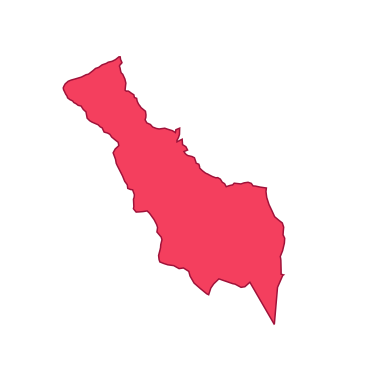 Monagroulli, Limassol, Cyprus (Albers equal-area conic projection), rotated 153°
{"feature_id": "46923920B37964983611309", "entity_name": "Monagroulli", "entity_type": "district", "adm_level": 2, "iso_a3": "CYP", "parent_name": "Cyprus", "parent_adm1": "Limassol", "projection": "albers", "projection_center": [33.218, 34.746], "detail": "fine", "context": "isolated", "style": "filled", "palette": "rose", "viewbox_px": 384, "rotation_deg": 153, "n_neighbors": 0, "source": "geoboundaries", "source_scale": "gbopen_adm2", "svg_char_len": 2729}
<svg xmlns="http://www.w3.org/2000/svg" viewBox="0 0 384 384"><g transform="rotate(153 192 192)"><path d="M178.4,37.2L159.1,68.2L149.0,76.5L148.1,76.6L149.9,78.3L148.0,82.1L145.6,87.1L143.8,90.9L143.1,92.8L142.7,94.4L138.0,98.5L132.9,104.5L130.4,108.7L130.3,112.5L128.4,115.7L126.3,119.0L125.6,123.4L127.5,127.5L129.6,132.5L129.3,138.9L129.1,145.9L127.9,153.2L125.9,158.8L123.9,161.8L129.0,165.4L132.7,168.4L134.8,169.7L135.3,172.8L137.6,175.2L141.4,176.5L144.8,177.0L150.4,180.7L152.5,179.9L155.6,180.7L159.1,181.2L159.2,184.6L160.6,187.0L160.9,190.6L162.5,193.1L164.4,193.9L166.8,196.5L169.2,199.8L169.8,200.8L171.3,202.5L173.1,206.3L174.3,209.8L173.7,211.3L173.3,213.6L175.2,215.8L174.8,217.8L174.3,221.4L175.9,223.6L179.3,226.5L180.2,228.3L180.6,229.4L180.8,231.7L176.9,231.4L176.9,235.1L178.9,238.5L176.8,243.5L182.6,243.5L182.0,244.8L179.2,246.8L177.0,249.0L174.0,254.5L178.1,254.8L179.8,252.5L181.7,255.6L184.9,258.7L187.3,261.2L190.4,262.3L192.7,263.1L194.9,264.8L197.6,267.8L198.4,271.0L200.9,274.1L201.0,277.6L199.2,279.5L198.0,281.6L196.8,285.1L199.1,290.3L199.3,292.1L199.7,294.2L199.7,296.9L199.5,298.3L198.8,300.6L200.4,302.3L199.7,305.0L201.2,307.6L202.2,309.6L203.1,311.0L204.7,311.6L205.4,313.2L204.5,314.5L202.6,317.4L201.5,319.0L201.0,321.1L200.5,323.2L200.4,325.7L200.3,328.3L201.0,330.3L200.7,332.1L199.8,335.2L199.5,337.2L197.6,338.4L196.6,338.4L195.6,339.2L195.6,340.2L195.5,341.7L195.5,342.5L194.6,345.0L195.7,345.6L200.1,344.7L203.7,344.7L207.8,345.7L209.9,345.5L214.4,346.1L218.6,345.4L221.9,345.9L225.0,345.1L230.8,344.0L233.1,344.6L238.4,344.6L242.2,345.3L244.9,345.8L248.8,346.6L252.0,346.9L255.9,345.9L258.1,344.4L259.5,343.2L260.0,341.3L260.0,339.1L260.1,336.6L259.8,334.2L260.1,332.4L258.9,329.8L257.0,327.3L256.7,325.4L255.1,323.1L254.1,320.9L251.8,319.0L251.4,314.9L250.1,311.5L251.9,305.4L250.8,302.0L249.4,299.7L245.1,294.5L244.2,291.7L242.9,289.9L243.0,288.2L243.1,285.3L240.5,282.9L239.0,280.7L238.6,277.4L236.9,273.5L235.2,269.8L236.2,266.5L240.9,265.2L244.5,262.7L245.3,255.9L246.5,251.9L246.6,249.4L246.6,244.8L246.6,241.4L246.6,237.9L247.1,232.1L246.4,227.8L247.6,224.4L245.7,222.2L243.9,220.9L244.6,215.7L246.0,213.5L247.4,212.2L250.5,205.3L251.8,203.7L250.9,199.5L248.2,198.3L244.6,196.8L240.6,195.5L239.5,192.4L238.3,184.6L238.3,178.9L238.8,176.0L241.4,172.3L239.9,165.8L240.5,163.0L242.0,161.3L243.8,159.2L245.3,156.7L246.6,155.1L250.6,150.6L252.0,146.8L252.4,144.3L249.8,141.3L246.6,138.1L241.7,134.7L238.3,129.6L234.1,128.2L230.9,122.7L231.9,118.0L231.5,109.9L228.3,101.9L225.1,94.6L223.8,92.9L223.6,93.1L218.8,97.9L214.3,100.3L207.5,102.4L197.3,91.8L195.5,90.4L191.6,84.8L187.9,83.6L181.4,85.3L178.8,37.1L178.4,37.2Z" fill="#f43f5e" stroke="#9f1239" stroke-width="1.5"/></g></svg>